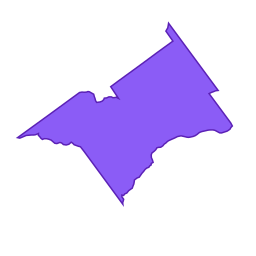 outline of Primavera de Rondônia, Rondônia, Brazil, rotated 54°
{"feature_id": "56859067B52745918565634", "entity_name": "Primavera de Rondônia", "entity_type": "district", "adm_level": 2, "iso_a3": "BRA", "parent_name": "Brazil", "parent_adm1": "Rondônia", "projection": "albers", "projection_center": [-61.3, -11.908], "detail": "fine", "context": "isolated", "style": "filled", "palette": "violet", "viewbox_px": 256, "rotation_deg": 54, "n_neighbors": 0, "source": "geoboundaries", "source_scale": "gbopen_adm2", "svg_char_len": 1795}
<svg xmlns="http://www.w3.org/2000/svg" viewBox="0 0 256 256"><g transform="rotate(54 128 128)"><path d="M71.9,40.4L84.1,40.6L84.1,60.0L84.2,69.5L84.3,88.8L84.3,98.3L84.3,108.0L84.4,117.7L98.4,118.3L96.2,119.5L95.5,121.0L94.6,122.4L93.0,123.2L91.6,125.1L91.1,127.6L89.9,129.6L90.8,131.0L91.1,133.0L90.5,135.3L88.9,138.3L86.9,138.2L84.9,137.4L82.8,136.8L80.5,135.9L77.9,137.1L76.1,137.9L75.0,138.9L74.5,140.6L73.2,142.6L71.9,144.1L70.8,146.4L70.9,177.6L70.9,223.0L72.6,221.5L73.3,218.6L74.2,214.7L75.6,212.4L76.6,210.7L78.4,208.1L79.1,206.7L79.8,203.7L81.2,204.8L83.2,204.5L85.0,204.5L86.9,204.0L87.4,202.1L88.8,200.2L90.5,198.7L92.6,197.3L97.3,196.2L98.8,194.7L99.6,191.7L101.0,190.5L103.4,190.0L105.4,188.0L106.4,185.4L106.1,182.3L107.7,181.7L109.9,181.4L111.8,180.1L113.7,178.8L115.2,177.5L121.4,177.3L186.7,177.0L185.3,176.2L184.3,174.8L183.1,173.4L180.2,173.4L178.7,172.4L180.0,171.2L179.4,169.5L179.9,167.2L179.1,164.3L179.1,161.8L179.2,160.0L177.7,157.8L176.8,156.3L175.1,154.5L173.8,153.3L173.8,149.8L174.4,147.8L172.9,143.6L172.3,140.8L171.6,138.7L171.4,136.6L172.0,134.2L171.4,132.6L171.5,131.0L170.3,130.0L170.6,127.9L168.1,127.0L165.7,126.5L163.4,125.0L162.3,123.4L162.2,120.5L161.9,118.4L161.0,116.1L161.6,114.7L162.8,112.8L162.9,110.3L162.3,108.1L162.4,106.2L162.1,104.3L162.1,102.7L162.8,99.3L163.3,97.1L163.6,95.6L164.0,93.0L165.5,89.7L168.2,87.3L170.1,85.7L171.1,84.6L172.0,82.9L173.2,80.1L173.7,78.1L173.8,75.8L173.6,73.5L173.8,71.9L174.4,70.1L175.7,67.1L176.7,64.7L177.5,63.2L179.5,60.4L180.9,59.1L182.3,58.4L185.8,56.7L187.0,55.2L187.9,52.4L188.8,49.7L188.9,47.9L188.9,46.1L188.1,44.5L187.7,42.4L184.2,41.9L147.8,42.2L148.3,39.4L148.8,37.7L149.4,35.2L150.6,33.0L67.1,33.6L68.6,35.1L70.4,37.0L71.2,38.9L71.9,40.4Z" fill="#8b5cf6" stroke="#5b21b6" stroke-width="1.5"/></g></svg>